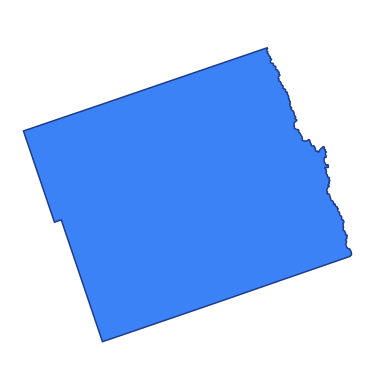 outline of Cass, North Dakota, United States of America, rotated 341°
{"feature_id": "52423323B23065259017698", "entity_name": "Cass", "entity_type": "district", "adm_level": 2, "iso_a3": "USA", "parent_name": "United States of America", "parent_adm1": "North Dakota", "projection": "robinson", "projection_center": [-96.825, 46.935], "detail": "fine", "context": "isolated", "style": "filled", "palette": "blue", "viewbox_px": 384, "rotation_deg": 341, "n_neighbors": 0, "source": "geoboundaries", "source_scale": "gbopen_adm2", "svg_char_len": 3801}
<svg xmlns="http://www.w3.org/2000/svg" viewBox="0 0 384 384"><g transform="rotate(341 192 192)"><path d="M58.6,304.4L170.5,304.6L177.7,304.6L245.2,304.4L251.1,304.4L320.4,304.3L322.5,303.2L322.7,301.9L323.0,301.0L323.0,300.1L322.6,297.3L320.8,295.8L320.2,294.0L320.4,291.4L321.7,289.9L322.1,288.8L321.7,287.8L321.8,287.1L322.0,286.9L323.1,286.5L323.5,286.0L323.4,285.3L324.5,284.1L324.6,283.4L324.3,283.1L323.7,282.9L323.5,281.8L323.8,281.2L323.8,280.1L323.5,278.4L322.6,277.5L322.5,277.2L324.0,273.8L324.2,272.5L324.4,271.0L325.8,270.1L326.0,268.4L325.8,267.8L325.3,267.5L324.5,266.4L325.3,264.8L325.4,263.5L324.4,262.7L324.2,261.5L324.4,260.6L324.8,260.0L324.7,259.0L323.6,257.6L323.6,257.0L324.0,256.1L324.4,255.9L324.7,255.5L324.1,254.8L324.1,254.2L324.5,253.9L324.5,253.6L324.3,253.2L323.2,252.3L323.1,251.5L323.4,250.4L323.2,249.9L322.2,249.7L322.1,248.8L322.5,247.7L322.4,247.0L321.9,246.2L321.4,245.7L321.0,245.4L320.8,244.8L321.1,238.8L320.9,238.5L319.4,237.8L319.1,237.4L319.3,237.1L319.8,236.7L320.1,236.0L319.9,234.9L319.8,234.4L320.5,233.4L322.4,231.4L323.0,231.6L323.5,231.4L323.6,231.0L322.9,229.8L323.0,229.4L324.2,229.1L324.7,228.4L324.8,227.9L324.6,227.3L324.6,226.8L324.8,226.6L325.7,226.5L326.0,226.1L326.0,225.6L325.7,224.9L325.9,224.2L326.4,223.4L326.4,223.0L326.1,222.6L325.5,222.4L325.2,222.0L325.2,220.8L325.4,220.4L325.5,219.9L325.4,219.4L324.9,218.6L324.9,217.8L325.6,216.9L326.0,214.9L326.0,213.7L325.7,213.2L325.4,212.4L325.7,212.1L327.1,212.5L328.4,213.1L328.8,213.1L329.2,212.3L329.5,210.8L329.3,210.4L328.8,210.4L328.2,210.7L327.7,210.4L326.8,206.4L327.7,203.5L328.6,202.3L329.5,202.9L330.0,202.9L330.6,201.3L330.5,200.2L330.8,198.6L331.9,198.1L331.9,197.6L331.6,197.2L331.4,197.1L331.3,196.6L331.4,196.0L331.8,195.3L331.2,194.7L331.1,194.3L331.1,194.0L331.6,193.0L331.6,192.5L331.2,192.0L330.7,191.9L327.2,193.4L325.7,194.4L324.9,195.4L324.3,195.3L323.8,194.1L322.7,193.9L322.3,193.3L322.4,192.1L322.8,190.9L322.4,188.4L322.0,187.8L320.5,187.7L320.1,187.3L320.2,185.2L320.0,184.7L319.9,182.9L320.2,181.8L320.1,181.1L319.5,180.5L319.0,180.5L317.0,181.2L314.1,179.9L313.4,179.2L313.3,178.6L313.9,176.4L314.0,176.3L313.2,171.5L312.6,170.4L312.6,169.3L313.0,168.6L313.0,167.9L312.1,167.2L311.7,167.3L310.5,166.3L309.7,165.4L309.6,165.0L309.7,164.6L310.0,164.2L310.3,162.3L310.1,162.0L311.1,160.0L312.1,159.3L314.1,158.7L314.5,158.1L314.4,157.6L313.6,156.8L313.5,156.3L313.5,155.8L314.3,155.3L314.4,154.8L314.3,154.0L313.8,153.3L313.7,152.6L314.3,150.5L314.1,148.4L313.2,147.3L312.6,145.9L312.7,145.2L313.3,145.0L313.6,144.7L313.4,144.2L312.9,143.6L312.7,141.8L312.9,141.4L313.6,140.9L313.7,140.7L313.5,139.7L314.1,139.1L314.2,138.0L313.9,137.6L313.8,137.0L314.2,135.6L313.8,134.8L313.9,134.2L314.4,133.5L314.4,131.8L314.0,131.3L314.0,130.7L314.5,129.5L314.5,128.8L314.3,128.4L313.5,127.9L313.2,127.5L313.3,126.7L313.8,125.9L313.6,125.2L311.8,123.6L311.7,123.1L312.0,122.6L312.3,122.4L312.5,121.8L312.6,121.0L311.7,120.1L311.4,119.4L311.7,118.2L311.7,117.5L311.4,116.3L310.5,115.5L310.3,114.9L311.0,113.7L311.0,113.1L310.7,112.8L310.6,112.4L310.6,112.2L311.6,111.1L313.1,110.3L313.2,110.0L313.1,109.7L312.6,109.2L312.7,108.5L313.2,107.9L313.3,107.0L312.6,106.3L312.7,104.9L312.4,104.3L311.1,103.4L311.0,102.9L311.2,102.5L311.9,101.4L312.0,100.9L311.9,100.5L311.5,100.0L310.9,99.8L310.6,99.4L310.3,98.7L310.3,98.4L310.7,97.5L310.6,97.1L310.1,96.5L309.0,96.0L308.6,95.5L308.4,94.9L308.5,94.3L308.7,93.7L310.2,92.7L310.4,92.3L310.0,91.7L309.5,91.4L309.4,91.0L309.9,90.3L310.0,89.9L309.9,89.4L309.1,88.2L309.3,87.0L309.2,86.4L308.5,86.0L308.3,85.3L308.4,84.9L309.3,84.3L309.3,84.1L308.8,83.3L308.8,82.4L309.2,81.6L310.0,81.2L310.2,80.8L310.1,80.3L309.9,80.1L127.6,79.7L52.5,79.4L52.1,175.8L59.3,175.8L58.6,304.4Z" fill="#3b82f6" stroke="#1e3a8a" stroke-width="1.5"/></g></svg>